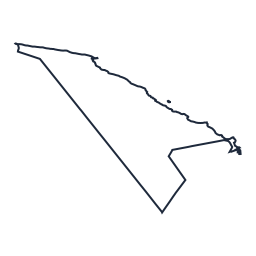 Sveitarfélagið Garður, Suðurnes, Iceland
{"feature_id": "244011B4203273652382", "entity_name": "Sveitarfélagið Garður", "entity_type": "district", "adm_level": 2, "iso_a3": "ISL", "parent_name": "Iceland", "parent_adm1": "Suðurnes", "projection": "equal_earth", "projection_center": [-22.614, 64.036], "detail": "fine", "context": "isolated", "style": "outline", "palette": "slate", "viewbox_px": 256, "rotation_deg": 0, "n_neighbors": 0, "source": "geoboundaries", "source_scale": "gbopen_adm2", "svg_char_len": 5398}
<svg xmlns="http://www.w3.org/2000/svg" viewBox="0 0 256 256"><path d="M229.7,151.8L230.9,151.4L231.3,151.7L235.5,150.2L235.1,150.0L235.3,149.8L235.8,149.8L236.0,149.6L236.6,149.4L237.1,149.4L237.5,149.2L237.8,149.4L239.0,150.5L239.2,151.9L238.1,151.9L238.1,151.7L237.7,151.7L237.7,152.4L238.2,152.4L238.1,152.1L239.2,152.1L239.4,153.5L239.2,153.7L239.2,154.0L239.9,154.1L240.6,154.0L240.3,150.4L238.8,148.9L237.9,148.5L237.5,148.1L238.0,147.8L239.5,147.5L239.4,147.4L239.0,147.3L238.5,147.4L237.1,147.1L236.5,146.6L235.0,145.7L234.6,144.5L234.0,142.7L234.4,142.5L234.8,142.4L235.2,141.8L235.6,140.7L235.5,140.3L235.3,139.9L235.0,139.4L234.3,138.8L233.6,138.3L233.6,137.5L233.4,137.3L232.8,137.3L231.7,137.8L230.0,138.9L229.5,139.0L228.8,139.1L226.2,139.1L225.8,139.0L225.0,138.7L224.0,138.0L223.8,137.7L222.7,136.9L222.4,136.8L222.1,136.5L222.0,136.1L222.1,135.6L221.5,135.2L221.0,135.0L219.8,135.3L219.3,135.1L217.3,134.4L215.7,133.1L215.3,132.6L214.9,131.4L214.4,130.9L213.6,129.8L213.3,129.6L212.4,128.6L211.6,128.2L210.3,127.5L208.2,126.6L207.4,125.6L207.4,125.2L207.6,124.8L207.6,123.9L207.1,123.6L207.0,123.3L206.8,122.4L206.1,122.5L205.5,122.6L204.6,122.5L202.9,122.9L200.5,123.0L197.9,122.9L195.7,122.5L194.6,122.0L192.6,121.5L191.1,121.3L189.2,120.2L188.1,119.7L187.9,119.5L187.8,119.2L187.2,118.1L188.2,117.1L188.3,116.9L188.2,116.6L187.3,116.0L186.2,115.4L185.0,114.5L184.6,114.1L183.9,114.0L183.2,113.9L182.8,114.1L182.4,114.2L181.9,114.1L181.2,113.9L180.5,113.6L180.3,113.4L180.1,113.2L179.6,113.0L178.9,112.6L178.3,112.4L177.8,112.2L177.4,112.2L177.0,112.1L176.8,112.0L176.6,111.8L176.2,111.6L175.7,111.6L174.2,111.6L173.3,111.5L172.9,111.4L172.4,111.1L172.2,110.8L172.0,110.6L171.9,110.2L172.1,110.1L172.1,109.8L171.6,109.6L171.3,109.3L171.0,109.1L170.7,109.0L170.0,109.0L169.5,108.9L168.8,108.5L168.0,108.0L166.9,107.3L166.3,106.7L166.1,106.2L165.7,105.9L165.2,105.7L164.4,105.6L164.0,105.4L163.5,105.4L162.9,105.2L162.4,104.9L162.2,104.6L161.5,104.4L160.9,104.0L160.1,103.6L158.9,102.7L158.4,102.4L157.7,102.2L156.8,101.8L156.3,101.3L155.4,100.9L155.1,100.7L155.2,100.3L155.7,99.9L155.5,99.7L154.9,99.3L154.1,98.8L153.9,98.6L153.5,98.4L153.0,98.3L152.9,97.9L152.8,97.7L152.3,97.6L151.9,97.4L151.2,97.3L150.9,97.0L150.8,96.6L150.7,96.4L150.6,96.2L150.3,95.9L149.6,95.8L149.1,95.7L148.7,95.4L148.4,95.1L148.2,94.5L148.0,94.2L147.8,94.0L147.6,93.8L147.1,93.5L147.0,93.4L146.8,92.8L147.2,92.0L147.0,91.8L146.7,91.4L146.2,91.0L146.0,90.5L145.5,90.0L145.5,89.8L145.5,89.5L145.4,89.2L145.0,88.6L144.7,88.4L143.2,87.8L142.4,87.6L141.9,87.2L141.3,87.0L140.4,86.7L139.5,86.5L138.4,86.4L137.6,86.2L136.9,85.9L135.8,85.4L134.9,85.0L133.9,84.6L133.3,84.3L132.3,84.0L131.2,83.5L130.3,82.8L130.2,82.5L130.1,82.2L129.5,81.8L129.0,81.5L128.0,80.5L127.5,80.0L126.9,79.5L125.9,79.0L125.3,78.6L124.3,78.1L123.3,77.7L122.3,77.3L121.4,77.0L120.1,76.6L119.5,76.3L119.0,75.9L118.5,75.7L117.2,75.4L116.0,75.1L114.2,74.5L113.1,74.2L111.6,73.9L110.6,73.7L109.7,73.5L108.7,73.2L108.3,72.8L108.3,72.3L108.3,72.1L107.9,71.7L107.6,71.5L107.3,71.2L106.6,70.9L105.8,70.6L105.3,70.4L105.1,70.2L104.9,70.1L104.7,70.0L104.4,70.0L103.5,70.0L102.8,69.8L102.2,69.8L101.9,69.7L101.4,69.5L101.0,69.2L100.6,68.7L100.2,68.4L100.1,68.2L100.1,67.9L100.0,67.6L99.5,67.3L98.7,67.0L97.4,66.3L96.9,66.1L96.3,65.8L95.9,65.4L95.8,65.2L95.8,64.8L95.7,64.4L95.7,64.2L95.3,63.9L95.2,63.7L95.1,63.3L95.1,63.1L95.1,62.7L94.8,62.4L94.7,62.2L94.3,62.0L94.2,61.9L94.0,61.7L93.5,61.5L93.2,61.4L93.1,61.2L92.9,60.9L92.8,60.6L92.7,60.4L92.8,60.2L93.1,60.0L93.2,59.9L93.1,59.7L92.9,59.5L92.6,59.3L92.3,59.1L92.0,58.9L91.7,58.7L91.7,58.4L91.9,58.2L92.1,58.1L92.5,58.1L95.0,58.5L97.4,58.2L97.3,57.9L95.2,58.2L94.0,57.8L92.8,57.1L92.3,56.8L91.8,56.5L91.4,56.3L90.6,56.1L89.7,55.8L88.7,55.5L87.5,55.2L86.6,55.0L85.8,54.8L85.1,54.6L84.7,54.5L84.3,54.5L83.7,54.5L82.5,54.5L81.7,54.5L80.9,54.3L79.0,54.0L77.1,53.6L76.1,53.4L75.6,53.3L75.2,53.2L74.6,53.2L73.6,53.1L72.9,53.0L72.5,52.9L71.6,52.7L70.8,52.4L69.8,52.1L69.1,51.7L68.6,51.5L68.1,51.2L67.7,51.0L67.4,50.8L67.0,50.7L66.4,50.6L66.0,50.5L65.2,50.5L64.6,50.5L63.7,50.6L62.8,50.6L61.6,50.5L60.6,50.4L59.6,50.2L58.7,50.1L57.5,49.9L56.9,49.8L56.0,49.6L55.3,49.5L54.5,49.3L53.9,49.1L53.4,49.0L53.0,49.0L52.2,49.0L51.6,48.9L50.9,48.9L50.0,48.8L49.2,48.6L48.3,48.5L47.4,48.4L46.5,48.3L45.5,48.1L44.7,47.9L44.0,47.7L43.0,47.4L41.8,47.3L41.2,47.3L40.2,47.3L39.3,47.2L38.7,47.1L37.5,47.0L36.7,46.9L35.3,46.7L34.5,46.6L33.9,46.6L33.2,46.6L32.5,46.6L32.1,46.5L30.2,46.1L28.7,45.8L27.5,45.5L26.5,45.5L25.5,45.4L24.6,45.2L23.9,45.0L23.4,44.8L23.0,44.7L22.6,44.6L22.0,44.4L21.3,44.3L20.5,44.2L19.4,44.1L18.7,44.1L17.6,44.1L17.2,44.0L16.9,43.9L16.5,43.7L16.2,43.6L15.9,43.6L15.6,43.5L15.4,43.6L15.6,43.8L16.2,44.0L16.6,44.1L17.3,44.3L17.8,44.6L18.1,45.1L18.5,46.8L18.7,47.3L18.8,48.0L18.7,48.6L18.4,49.7L18.1,50.2L17.9,51.6L29.4,55.4L39.9,58.9L54.3,76.9L80.2,109.4L81.1,110.4L85.9,116.5L99.2,133.2L104.9,140.3L140.4,184.9L146.6,192.6L155.7,204.2L161.8,211.8L162.1,212.5L165.7,207.3L169.7,201.6L173.3,196.3L174.8,194.2L175.6,193.0L185.4,180.0L168.7,156.3L170.8,152.8L172.4,150.0L172.4,149.9L188.3,146.9L192.0,146.1L217.8,141.3L224.0,140.1L228.2,141.0L229.5,142.2L230.3,143.4L231.1,145.0L232.2,146.9L231.9,147.8L231.1,149.3L229.7,151.8ZM170.0,102.1L170.0,101.9L169.7,101.8L168.6,100.9L168.1,100.9L167.8,101.1L167.9,101.6L168.6,102.1L169.1,102.3L170.0,102.1Z" fill="none" stroke="#1e293b" stroke-width="2"/></svg>